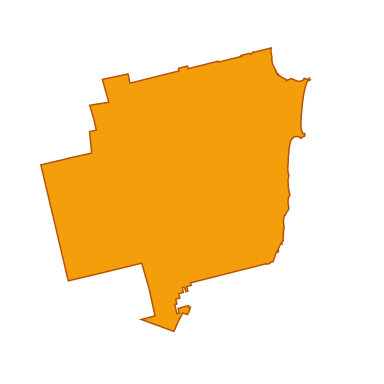 outline of Benito Juárez, Quintana Roo, Mexico, rotated 346°
{"feature_id": "50627088B55174657645518", "entity_name": "Benito Juárez", "entity_type": "district", "adm_level": 2, "iso_a3": "MEX", "parent_name": "Mexico", "parent_adm1": "Quintana Roo", "projection": "mercator", "projection_center": [-86.846, 20.98], "detail": "fine", "context": "isolated", "style": "filled", "palette": "amber", "viewbox_px": 384, "rotation_deg": 346, "n_neighbors": 0, "source": "geoboundaries", "source_scale": "gbopen_adm2", "svg_char_len": 5444}
<svg xmlns="http://www.w3.org/2000/svg" viewBox="0 0 384 384"><g transform="rotate(346 192 192)"><path d="M158.5,62.0L132.3,61.1L132.5,68.5L132.9,80.0L132.9,84.9L121.2,83.7L113.7,83.2L114.1,92.6L114.4,97.8L114.2,102.1L114.1,108.9L107.2,108.6L104.1,130.0L88.3,129.5L51.9,129.1L51.3,182.0L51.3,182.8L51.3,183.6L51.3,184.9L50.5,242.2L50.5,248.3L89.7,248.7L126.0,248.9L127.0,275.1L126.1,303.2L111.9,303.4L140.7,322.9L147.9,313.6L151.2,310.0L153.5,307.2L158.1,309.8L160.7,306.5L162.5,303.6L161.3,303.6L161.3,301.4L159.5,301.4L154.8,301.5L150.3,301.7L150.3,306.4L147.9,306.4L148.0,297.1L150.3,296.9L150.3,292.1L154.6,291.9L154.6,287.5L159.4,287.3L159.4,282.5L161.7,282.5L161.9,287.2L164.1,287.1L164.0,282.4L166.2,282.4L168.6,282.3L168.8,279.8L222.6,279.6L236.7,279.6L246.0,279.5L247.1,280.1L248.6,280.2L249.1,280.0L249.6,280.1L250.0,280.2L250.5,279.9L250.7,279.5L251.2,279.2L251.6,279.2L252.2,279.3L252.8,279.3L253.3,279.1L253.8,279.3L254.9,277.7L255.8,276.3L257.0,274.3L258.4,272.0L259.0,271.2L259.3,270.9L259.8,270.5L260.5,271.4L261.0,271.0L260.6,271.3L260.5,271.2L260.0,270.7L260.6,270.1L260.8,270.1L260.7,269.9L260.7,269.7L260.9,269.4L261.0,269.5L260.8,269.8L261.0,269.6L260.9,269.9L261.1,269.7L261.3,269.8L260.9,270.1L261.0,270.2L261.4,269.9L261.5,270.0L261.1,270.4L261.3,270.6L261.3,271.3L261.4,270.5L261.8,270.1L261.9,269.9L261.1,269.1L261.2,268.8L261.8,268.3L262.1,268.0L262.4,267.6L262.8,267.3L263.6,266.1L263.8,265.8L264.5,265.0L264.9,264.4L265.6,263.6L266.1,263.3L266.6,263.9L266.6,264.0L266.4,264.6L266.7,264.1L266.8,264.2L266.8,263.9L266.7,263.8L266.2,263.3L267.2,262.5L268.2,261.2L268.3,261.1L268.7,261.4L268.8,261.2L268.4,261.0L268.6,260.4L269.0,259.8L269.2,259.3L269.3,258.9L269.5,258.4L269.7,257.8L269.9,257.2L270.1,256.6L270.4,254.8L271.6,251.5L272.5,249.4L272.8,248.4L273.0,247.5L273.2,245.7L273.5,243.2L273.8,242.1L273.9,241.7L274.3,241.0L274.3,240.6L274.5,240.2L274.8,239.6L275.1,239.2L275.2,238.3L275.4,238.0L275.6,237.7L275.8,237.5L276.5,237.0L276.9,237.0L278.0,235.6L278.5,234.9L279.4,234.2L280.3,233.5L281.8,231.7L282.1,231.3L282.2,230.9L282.2,229.8L282.4,226.6L282.6,225.9L282.8,224.7L282.9,224.3L283.2,223.3L283.9,221.6L284.6,220.4L285.0,219.8L286.1,218.9L286.1,218.7L286.2,218.1L286.2,217.5L286.4,216.0L286.3,215.6L286.3,214.3L286.5,213.6L286.6,212.5L286.6,211.9L286.6,211.3L286.7,210.1L287.1,208.7L287.4,208.0L287.4,207.2L287.6,205.4L288.0,204.0L288.7,202.0L289.9,199.8L290.1,199.0L290.1,198.7L290.0,198.2L290.0,196.7L290.2,194.4L290.7,192.4L291.3,190.4L291.8,188.4L292.6,186.3L294.0,181.1L294.5,179.7L296.1,175.3L297.0,172.8L298.3,169.8L299.9,166.6L301.1,165.4L302.5,164.3L304.2,163.3L306.1,163.2L307.2,163.6L307.3,163.6L308.5,164.1L309.2,164.5L309.9,165.0L310.0,165.1L310.1,165.4L310.3,165.6L310.3,165.8L310.5,166.2L310.6,166.3L310.8,166.3L311.0,166.2L311.3,166.0L311.9,165.7L312.1,165.6L312.3,165.6L312.6,165.3L313.3,165.1L313.8,165.1L314.1,165.1L314.2,165.3L314.4,165.4L314.4,165.6L314.5,165.4L314.7,165.1L315.0,164.8L315.1,164.4L315.4,163.9L315.4,163.5L315.4,163.3L315.5,163.2L315.5,162.7L315.4,162.6L315.3,163.0L315.1,163.0L314.7,162.9L314.3,162.6L314.0,162.1L313.6,161.4L313.4,160.3L313.2,158.7L313.2,157.7L313.4,155.7L314.0,153.0L314.5,151.3L314.6,150.4L315.2,148.7L315.9,146.1L316.1,145.7L316.9,143.3L318.9,137.5L319.7,135.0L322.4,128.2L323.0,126.7L323.5,125.3L323.9,124.6L325.1,121.8L325.8,120.6L325.8,120.4L326.1,119.9L326.7,119.0L327.2,117.8L327.7,117.0L328.4,115.7L329.7,114.0L330.1,113.3L330.6,112.8L330.9,112.5L331.7,112.0L332.4,112.0L332.7,111.6L332.9,111.6L333.1,111.9L333.3,111.6L333.5,111.6L333.4,111.5L333.4,111.4L333.5,111.3L333.4,111.0L333.5,110.9L333.4,110.6L333.5,110.2L333.4,110.0L333.3,109.8L333.0,110.1L332.8,110.3L332.9,110.5L332.4,110.6L332.3,110.2L332.4,110.6L332.2,110.8L330.6,110.5L330.8,110.3L330.8,109.6L330.8,110.3L330.6,110.5L330.4,110.4L330.0,110.1L329.3,109.1L329.0,109.1L328.7,109.3L328.6,109.2L328.2,109.1L327.9,109.1L327.4,110.1L327.0,110.2L326.9,110.3L326.0,110.6L325.9,110.6L325.9,110.3L325.9,110.6L325.4,110.7L324.6,110.7L324.3,110.7L324.1,110.7L323.6,110.6L323.7,110.3L323.6,110.6L323.2,110.6L322.5,110.5L322.5,110.4L322.1,110.3L322.2,110.2L322.1,110.3L320.5,109.5L320.1,109.2L319.9,109.3L319.6,109.2L318.7,108.1L318.1,107.4L317.9,107.3L317.7,107.3L317.4,107.2L315.8,106.1L315.7,106.2L315.2,106.1L314.9,106.0L314.7,106.0L314.3,105.8L314.3,105.6L314.3,105.8L314.1,106.1L313.7,106.3L313.5,106.2L313.3,106.3L313.0,106.2L312.8,106.3L312.4,106.3L312.2,106.4L311.6,106.4L311.3,106.6L310.8,106.8L310.8,107.0L310.7,107.2L310.4,107.1L310.5,105.8L310.3,105.6L310.2,105.4L309.9,105.0L308.9,104.4L308.5,103.9L308.4,103.7L308.1,103.5L307.8,103.3L307.6,103.2L307.2,102.9L306.9,102.6L306.3,101.9L305.9,101.5L305.2,100.6L305.2,100.4L305.3,100.4L305.2,100.3L304.6,99.7L304.0,98.3L303.9,98.5L304.0,99.0L304.3,99.8L304.2,99.9L304.0,99.5L303.8,99.4L303.5,99.1L303.4,98.8L303.2,98.7L303.1,98.4L303.3,98.3L303.1,98.0L303.0,97.6L303.0,97.3L302.9,96.6L302.7,96.3L302.6,96.2L302.8,95.9L302.8,95.4L302.9,95.0L303.1,94.9L302.3,93.1L302.3,92.7L302.1,92.2L302.1,91.5L301.9,91.1L301.3,88.4L301.2,87.6L301.2,86.1L301.4,83.3L301.3,83.2L301.6,82.3L302.2,80.4L302.3,78.6L302.3,77.0L302.4,76.3L302.5,75.2L302.9,73.7L303.3,72.5L303.5,71.9L303.7,71.4L285.6,71.4L285.4,70.9L283.7,71.7L283.8,71.9L281.8,72.3L281.3,71.4L272.6,71.4L273.0,72.4L249.0,72.4L249.0,71.4L218.2,71.4L218.1,68.7L208.7,68.7L208.7,71.4L158.1,71.4L158.2,69.0L158.5,63.7L158.5,62.0Z" fill="#f59e0b" stroke="#b45309" stroke-width="1.5"/></g></svg>